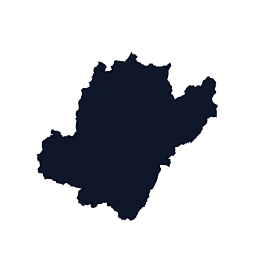 the district of Guarne, Antioquia, Colombia, rotated 42°
{"feature_id": "7082276B92581613564352", "entity_name": "Guarne", "entity_type": "district", "adm_level": 2, "iso_a3": "COL", "parent_name": "Colombia", "parent_adm1": "Antioquia", "projection": "robinson", "projection_center": [-75.433, 6.272], "detail": "fine", "context": "isolated", "style": "filled", "palette": "ink", "viewbox_px": 256, "rotation_deg": 42, "n_neighbors": 0, "source": "geoboundaries", "source_scale": "gbopen_adm2", "svg_char_len": 5774}
<svg xmlns="http://www.w3.org/2000/svg" viewBox="0 0 256 256"><g transform="rotate(42 128 128)"><path d="M163.0,36.1L161.9,35.6L158.7,35.0L157.4,35.4L156.1,36.4L155.4,36.6L154.0,36.0L153.4,37.0L153.2,37.9L153.6,38.9L153.7,40.6L152.7,42.0L153.7,44.6L154.7,45.6L154.4,47.4L154.8,49.1L154.0,49.8L153.0,49.3L152.2,49.7L151.6,51.2L151.4,52.5L150.8,53.0L149.5,53.6L148.4,53.1L147.7,54.8L146.0,55.1L145.4,57.4L145.7,58.2L145.4,58.6L145.4,59.6L145.8,60.9L145.9,62.8L147.9,63.2L147.8,64.2L148.3,64.8L148.4,65.8L147.9,66.9L147.1,67.8L147.2,68.9L146.6,69.6L146.6,70.4L145.1,71.9L145.2,72.8L144.6,74.4L145.0,75.3L144.6,76.0L143.0,76.0L141.8,75.2L138.9,74.1L136.7,74.7L136.1,73.8L135.4,70.8L134.0,70.2L132.5,68.3L129.9,68.2L127.8,66.8L126.4,67.0L124.7,66.6L123.9,65.8L123.3,64.3L121.1,60.7L119.6,59.5L118.8,58.0L117.8,53.1L116.0,52.2L115.6,55.1L116.7,57.0L116.1,58.5L115.3,56.4L114.6,57.8L113.7,58.4L113.5,58.1L112.8,59.6L110.9,61.9L110.9,62.3L110.3,62.2L107.9,64.2L107.1,64.1L106.9,64.5L106.0,64.5L104.5,65.3L103.5,64.6L102.7,65.9L102.1,65.4L101.6,66.1L101.9,67.2L101.5,69.3L100.4,70.0L99.5,71.4L99.1,71.0L98.3,71.4L97.6,71.1L95.2,72.3L94.3,71.8L93.5,71.8L89.9,73.7L89.5,73.4L89.4,72.8L88.8,72.5L87.1,72.7L86.4,72.3L86.9,70.9L86.8,69.3L84.1,69.2L82.7,70.6L81.7,70.7L80.8,70.2L81.9,75.6L81.8,81.2L81.3,82.0L79.5,82.4L79.3,83.4L77.6,84.0L76.0,85.5L74.5,85.9L73.8,87.6L75.3,89.7L75.2,90.7L75.6,91.5L74.8,93.6L76.0,94.2L77.3,94.2L77.9,96.0L77.1,96.9L76.7,98.8L76.1,99.3L75.9,100.0L74.9,99.9L73.7,101.8L72.7,102.6L71.2,99.8L70.6,97.3L68.2,96.9L64.2,97.6L62.9,98.4L63.3,98.5L63.4,99.4L64.3,100.5L65.0,100.1L65.3,100.5L63.9,102.0L64.7,103.2L63.3,105.0L63.4,106.2L64.7,108.4L66.3,108.2L66.6,110.7L67.4,112.6L67.5,113.6L68.2,112.8L68.7,113.1L68.9,114.6L69.7,116.2L70.0,118.6L69.6,118.9L69.2,120.0L70.4,120.4L72.2,122.4L72.4,123.1L71.0,126.9L69.0,128.1L68.2,130.1L68.7,131.0L71.2,132.2L71.9,133.1L72.7,135.6L73.5,136.4L73.7,137.2L74.3,138.0L73.8,139.3L74.1,140.0L73.9,140.9L75.0,142.5L77.7,144.5L78.7,145.8L79.9,148.4L79.7,149.1L79.0,149.4L79.0,149.9L80.4,152.4L83.3,154.1L83.9,154.1L83.3,155.8L85.7,156.5L86.2,158.0L88.7,161.4L91.0,163.4L92.3,164.0L92.7,164.8L92.3,167.0L93.4,170.4L93.0,170.5L93.7,171.5L93.1,172.1L92.6,171.8L91.5,172.8L90.3,173.1L90.7,173.4L90.0,174.1L89.1,173.7L89.1,174.2L88.5,174.9L89.1,175.5L87.7,176.8L87.0,176.7L86.8,177.5L87.0,178.3L86.3,178.7L86.0,178.5L85.2,179.5L83.9,178.3L83.2,178.6L81.8,178.3L80.6,177.1L80.1,177.0L76.7,178.7L76.4,179.4L75.4,180.1L74.1,179.7L73.1,180.6L73.4,181.3L73.8,180.7L74.7,181.4L74.5,181.7L75.0,182.0L74.4,182.5L74.8,183.1L75.4,181.9L75.9,181.9L77.8,183.0L77.2,184.0L77.6,184.7L76.2,185.1L76.1,185.4L76.8,185.9L76.3,186.7L76.6,187.7L75.5,188.3L75.5,188.6L75.0,188.9L75.0,189.7L75.5,189.7L74.6,191.7L74.7,192.7L74.0,193.9L74.1,195.8L75.1,196.6L76.8,199.0L79.3,200.2L79.3,200.7L80.1,201.5L80.0,203.4L80.6,204.2L80.1,205.4L80.6,206.1L80.2,207.0L79.2,207.7L79.1,208.7L80.3,208.9L81.0,210.7L82.0,211.0L82.5,211.8L83.2,211.9L83.7,211.4L84.7,211.9L85.4,211.6L86.4,212.6L86.7,213.4L88.0,213.6L88.9,216.0L88.8,218.1L89.3,219.0L90.7,219.3L90.6,220.1L90.9,220.3L91.9,220.4L92.9,219.2L95.0,218.2L96.1,218.6L97.4,219.8L98.8,219.8L100.4,221.0L101.0,219.6L102.5,218.6L102.4,216.9L103.2,217.8L105.9,216.2L107.7,216.5L110.3,214.8L111.5,216.0L112.9,214.8L113.6,214.9L115.3,213.4L117.4,213.1L117.5,210.3L118.2,210.1L118.7,209.4L122.0,208.3L122.1,208.7L122.4,208.4L124.3,208.4L124.5,208.8L126.2,207.2L128.8,206.4L135.0,202.6L135.0,204.5L134.5,205.8L134.1,207.8L135.1,209.4L135.9,210.0L137.4,214.0L139.4,213.9L141.5,216.1L143.0,215.3L143.1,215.0L144.4,215.6L145.0,215.3L145.6,215.6L146.0,215.1L146.5,215.2L146.4,214.7L147.6,212.4L149.1,212.0L149.9,209.9L151.6,208.7L151.6,208.3L152.6,210.0L153.8,210.8L154.3,210.8L155.0,210.3L156.5,207.8L156.0,205.6L156.3,203.6L158.4,201.9L158.9,199.3L160.2,198.9L161.1,197.2L162.3,197.1L163.1,197.4L164.7,199.1L165.8,198.4L165.7,197.9L166.5,196.9L169.2,197.5L171.3,197.2L173.3,197.9L173.8,197.4L176.6,196.6L178.5,197.4L180.2,199.9L181.9,200.0L183.0,198.9L184.7,199.6L185.0,198.5L186.9,198.0L186.4,197.0L186.8,196.9L186.8,196.0L187.6,194.8L190.4,194.2L191.5,194.5L192.1,192.9L192.5,192.7L193.0,191.7L192.8,190.4L193.1,188.9L192.1,188.3L192.4,186.9L192.2,185.8L191.3,184.2L191.3,182.4L190.7,180.9L191.3,179.3L190.7,177.8L191.3,177.1L191.2,176.3L192.3,175.4L191.4,173.9L191.6,172.9L190.3,171.6L190.7,169.9L190.4,169.6L189.9,169.8L189.0,167.6L189.3,165.3L188.5,165.1L187.6,163.5L186.5,163.3L186.7,161.4L185.9,160.7L185.4,159.1L185.1,159.1L186.3,156.6L185.3,152.2L184.5,150.8L184.7,149.9L184.2,149.4L184.0,148.0L183.6,147.6L183.1,145.9L182.5,145.2L180.9,142.3L180.4,140.6L180.4,138.8L179.7,137.6L179.8,137.0L178.9,136.5L178.4,136.7L178.0,136.4L177.8,136.7L175.4,133.9L180.9,129.4L183.7,128.9L183.4,128.7L182.1,125.1L180.6,124.5L180.1,123.8L179.0,124.6L178.1,124.5L177.2,123.6L177.7,123.2L177.6,122.4L178.1,121.3L177.6,119.5L178.3,118.6L178.9,118.7L179.7,117.6L179.5,117.2L179.7,115.2L178.3,114.7L177.2,112.9L175.2,111.7L175.6,109.6L176.8,108.7L177.5,106.4L177.6,104.7L178.8,103.2L179.7,103.1L179.9,102.7L179.5,101.9L180.1,101.8L180.0,101.1L180.8,99.8L181.2,99.8L181.0,99.0L182.1,98.2L182.1,96.8L183.2,95.6L184.2,96.2L184.3,92.6L184.0,91.9L184.6,90.5L184.3,87.9L184.6,82.7L183.8,81.6L183.7,79.8L183.3,78.6L182.3,78.2L182.0,77.7L182.7,73.4L182.3,73.1L182.3,72.5L182.7,71.6L181.8,71.1L181.8,70.4L181.2,69.5L180.4,69.2L180.0,68.2L180.3,66.8L180.7,66.7L181.2,64.1L181.6,64.0L181.7,63.5L182.5,63.0L183.1,61.9L184.0,62.3L185.1,60.4L185.5,60.4L182.3,56.6L182.1,56.9L180.1,55.5L179.6,52.2L178.5,52.0L176.2,52.8L174.9,52.5L173.2,52.8L171.5,51.3L170.7,51.1L169.8,49.9L169.4,47.5L168.8,46.3L169.3,43.8L168.9,42.7L168.4,42.3L166.6,42.4L166.1,41.9L164.4,38.2L163.4,37.6L163.0,36.1Z" fill="#0f172a" stroke="#020617" stroke-width="1.5"/></g></svg>